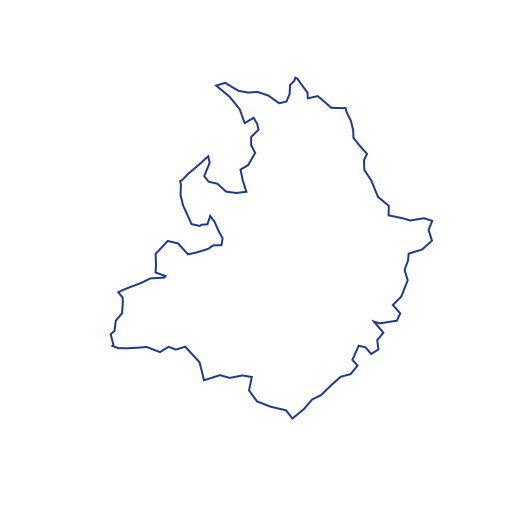 the district of Simou, Paphos, Cyprus, rotated 317°
{"feature_id": "46923920B76634226633631", "entity_name": "Simou", "entity_type": "district", "adm_level": 2, "iso_a3": "CYP", "parent_name": "Cyprus", "parent_adm1": "Paphos", "projection": "natural_earth1", "projection_center": [32.5, 34.948], "detail": "fine", "context": "isolated", "style": "outline", "palette": "blue", "viewbox_px": 512, "rotation_deg": 317, "n_neighbors": 0, "source": "geoboundaries", "source_scale": "gbopen_adm2", "svg_char_len": 1937}
<svg xmlns="http://www.w3.org/2000/svg" viewBox="0 0 512 512"><g transform="rotate(317 256 256)"><path d="M251.7,149.5L249.6,152.8L242.5,159.8L237.2,169.1L230.6,188.7L235.4,195.7L237.4,195.9L242.1,199.7L249.8,195.5L249.1,202.4L246.1,211.0L243.5,220.5L238.1,224.5L232.0,219.1L225.7,218.1L214.4,212.6L207.4,208.4L207.6,193.7L201.7,184.8L184.0,186.0L176.3,194.9L171.3,199.5L176.1,209.0L174.1,209.2L163.4,200.3L153.9,197.5L140.8,192.1L134.3,189.7L130.5,188.6L130.1,195.4L127.3,198.8L119.0,206.5L109.3,207.7L101.5,214.2L96.3,214.2L91.1,223.8L89.6,223.8L92.5,229.6L99.4,236.1L107.2,242.6L114.1,248.1L120.2,260.8L130.1,262.8L133.5,269.7L142.4,274.1L142.2,295.2L137.2,304.4L133.2,311.4L148.4,318.6L153.6,327.2L164.7,334.2L170.4,341.7L164.2,346.0L159.2,349.6L157.6,363.1L164.0,376.3L172.7,389.3L171.8,399.7L186.4,400.6L187.9,400.5L199.2,399.2L208.7,402.1L223.8,401.8L235.6,402.1L244.6,406.9L255.5,405.4L255.7,397.7L269.9,391.7L273.7,397.3L273.5,406.2L281.8,407.8L287.4,400.1L296.8,399.0L297.5,384.4L300.5,389.6L314.9,399.4L322.3,396.4L322.7,385.1L334.5,384.8L350.4,377.2L355.2,367.5L364.1,363.0L369.2,358.4L381.8,364.5L395.1,364.8L395.2,364.7L399.9,354.7L408.8,350.5L404.7,343.0L392.9,335.1L389.2,328.7L380.7,316.7L387.3,309.9L385.5,296.0L391.8,279.5L393.9,266.9L400.3,259.6L406.9,257.0L406.9,248.1L407.8,236.1L412.8,230.3L417.5,222.1L420.6,212.0L422.4,208.9L419.2,206.0L412.1,198.9L411.0,187.0L410.1,181.1L401.4,176.0L405.1,171.6L406.3,160.6L407.2,154.7L406.3,152.4L403.5,154.0L397.5,154.2L391.0,160.5L383.7,163.8L377.1,160.1L374.5,147.2L369.1,137.2L361.6,131.0L355.8,123.2L351.5,108.3L343.1,104.2L345.3,121.6L344.2,137.4L338.4,151.1L348.5,153.3L347.0,160.1L344.0,165.4L333.7,165.6L328.1,171.5L325.7,180.0L312.2,184.2L303.6,182.2L297.8,191.8L292.8,202.5L284.5,196.4L278.0,188.5L277.1,176.9L272.0,169.3L272.6,162.3L285.7,156.2L289.0,150.5L276.3,150.3L262.1,149.6L254.1,150.1L251.7,149.5Z" fill="none" stroke="#1e3a8a" stroke-width="2"/></g></svg>